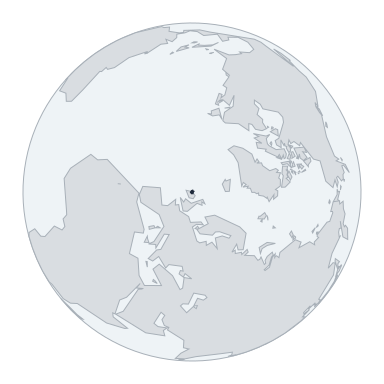 globe centered on Mayo, rotated 98°
{"feature_id": "IRL-714", "entity_name": "Mayo", "entity_type": "County", "adm_level": 1, "iso_a3": "IRL", "parent_name": "Ireland", "parent_adm1": "", "projection": "orthographic", "projection_center": [-9.466, 53.907], "detail": "fine", "context": "on_globe", "style": "filled", "palette": "slate", "viewbox_px": 384, "rotation_deg": 98, "n_neighbors": 0, "source": "natural_earth", "source_scale": "10m", "svg_char_len": 11194}
<svg xmlns="http://www.w3.org/2000/svg" viewBox="0 0 384 384"><g transform="rotate(98 192 192)"><circle cx="192" cy="192" r="169" fill="#eef3f6" stroke="#a8b0b8"/><path d="M53.0,288.1L49.6,282.9L42.0,269.8L32.4,245.1L33.1,242.6L31.8,237.2L36.1,237.1L36.2,226.6L35.1,222.5L33.1,222.6L30.4,206.9L31.1,196.7L32.0,151.6L34.1,144.6L37.2,139.1L53.5,108.9L39.0,131.1L42.3,123.1L47.9,113.2L48.5,114.0L57.2,102.7L62.3,94.9L75.2,83.7L90.1,79.0L86.2,82.6L90.2,81.3L95.4,76.9L97.7,74.4L118.6,66.5L136.6,55.9L139.0,51.2L141.1,53.6L143.3,44.1L150.9,38.9L144.3,45.7L145.2,47.3L151.4,44.0L153.7,44.9L158.0,44.0L160.2,45.5L156.1,49.8L157.5,50.9L161.8,48.6L166.7,48.9L160.1,52.1L168.0,53.0L162.7,61.0L143.4,69.5L142.5,76.3L127.9,91.5L131.2,91.8L127.8,98.1L130.3,100.9L126.9,103.3L131.9,103.5L134.5,100.8L137.6,100.1L139.4,101.6L135.3,104.8L133.8,104.5L133.5,106.2L130.8,107.2L133.1,107.5L128.0,111.3L135.6,109.9L133.6,114.8L129.5,116.8L126.7,113.5L110.2,111.1L105.2,112.6L100.9,117.7L99.8,133.4L95.6,136.6L92.3,143.0L96.0,142.5L100.0,137.3L106.2,138.3L110.3,132.1L113.4,131.8L118.9,127.0L121.5,131.1L121.1,137.8L116.7,142.1L116.4,145.3L123.4,144.2L117.9,155.4L119.0,168.6L117.1,171.4L108.5,170.9L101.4,163.2L90.3,163.8L101.0,167.0L96.3,174.3L97.0,177.1L99.2,179.0L102.4,177.7L101.5,181.1L90.6,178.9L91.2,175.8L94.7,176.4L91.3,173.0L83.9,172.1L82.1,176.1L72.8,171.4L71.4,174.4L68.6,175.2L71.5,170.7L66.2,178.8L55.0,176.3L47.5,190.0L51.1,174.5L50.0,168.3L48.1,162.2L46.7,164.3L46.0,154.3L42.1,150.7L35.9,157.5L32.4,167.9L33.7,177.9L36.3,176.7L38.5,182.7L32.2,188.8L35.4,202.2L32.4,209.0L32.6,216.4L35.4,221.2L37.8,229.0L41.2,228.6L45.9,232.6L44.4,239.1L48.3,236.8L50.0,243.4L60.4,255.3L59.2,255.9L67.7,273.1L79.6,286.1L82.3,292.7L80.6,294.3L85.3,298.3L85.4,300.1L106.3,314.5L118.9,323.9L119.7,329.1L111.7,330.6L110.2,337.2L97.3,331.2L97.9,332.3L97.5,332.1L87.3,324.6L77.8,316.5L68.8,307.7L60.6,298.2L53.0,288.1ZM44.9,193.5L48.7,212.2L44.4,205.7L45.6,206.0L45.1,200.3L43.4,191.9L40.2,186.6L44.9,193.5ZM51.6,192.5L50.7,189.8L51.8,191.9L51.6,192.5ZM98.4,73.2L95.2,76.8L89.8,80.6L92.2,77.4L98.4,73.2ZM109.2,66.9L108.3,68.6L103.9,69.4L105.7,68.1L109.2,66.9ZM140.1,47.8L137.1,49.8L139.3,47.6L140.1,47.8ZM158.2,43.6L158.4,42.8L160.5,42.7L158.2,43.6ZM117.1,125.1L117.9,126.0L116.5,126.4L117.1,125.1ZM118.6,122.2L116.3,122.0L116.7,120.6L118.1,120.7L118.6,122.2ZM165.8,45.0L169.3,45.3L165.1,45.7L165.8,45.0ZM121.4,122.8L117.7,118.2L118.4,115.8L124.5,114.4L121.4,122.8ZM170.8,45.9L179.2,46.7L180.2,44.8L182.0,50.8L174.3,47.9L169.0,48.7L171.5,47.2L170.8,45.9ZM134.6,99.4L131.9,102.3L132.6,98.6L134.6,99.4ZM134.3,97.2L132.0,87.4L136.9,84.1L136.7,88.0L141.8,82.9L145.3,86.0L143.3,89.6L139.4,91.0L143.7,91.2L134.3,97.2ZM181.7,54.0L183.1,55.0L180.8,54.8L181.7,54.0ZM138.9,99.6L138.0,97.8L142.2,94.8L144.8,97.8L142.6,97.8L138.9,99.6ZM141.4,80.0L144.9,78.5L148.8,80.6L150.7,80.3L145.8,85.8L141.4,80.0ZM142.5,99.2L146.0,99.5L145.6,102.3L140.1,101.1L142.5,99.2ZM142.2,92.8L144.3,91.5L144.0,93.2L142.2,92.8ZM146.2,112.8L145.0,110.5L147.0,108.7L146.2,112.8ZM147.3,99.4L147.4,98.4L148.1,97.5L150.3,98.3L147.3,99.4ZM148.9,87.0L149.7,88.3L151.1,84.9L154.0,86.5L150.2,89.9L153.1,89.1L154.0,89.6L149.9,91.9L148.9,87.0ZM154.5,96.4L150.7,101.6L152.4,106.1L150.6,107.8L148.1,100.3L154.5,96.4ZM152.1,93.5L153.2,95.7L150.4,96.6L148.0,95.7L152.1,93.5ZM157.4,86.4L153.8,83.0L154.8,82.4L157.4,86.4ZM155.6,97.5L156.4,96.2L156.0,97.7L155.6,97.5ZM157.4,89.5L156.1,88.4L157.2,87.7L157.4,89.5ZM159.4,94.7L158.2,96.4L156.5,95.8L159.4,94.7ZM158.9,92.2L160.8,91.5L156.6,94.6L158.1,91.8L158.9,92.2ZM158.7,89.1L158.9,88.3L159.1,89.7L158.7,89.1ZM166.5,96.2L161.6,100.1L157.9,98.8L163.2,95.1L166.5,96.2ZM319.7,81.4L327.9,91.6L329.3,93.6L330.6,95.6L335.7,103.4L336.0,103.7L343.0,116.2L348.9,129.3L346.9,125.6L349.8,133.5L347.9,130.0L345.0,129.7L348.2,141.3L354.5,165.2L358.2,175.7L359.1,185.3L353.2,180.6L347.9,173.2L347.4,178.8L340.0,179.4L332.0,197.1L329.3,196.1L328.1,200.8L322.6,204.0L318.0,201.8L315.4,205.9L327.3,211.4L330.0,207.0L330.1,197.8L333.1,201.1L338.2,198.9L337.9,218.2L323.6,250.5L319.7,243.5L295.8,231.7L295.1,228.2L294.9,227.9L294.4,227.4L294.8,233.7L289.8,230.6L305.3,242.1L309.0,248.6L323.4,251.3L322.7,253.7L326.6,252.7L335.9,236.9L336.5,239.7L333.6,258.4L318.4,290.0L319.0,296.9L315.5,304.7L302.9,317.7L300.9,320.9L293.9,326.6L291.4,328.6L290.8,329.1L280.4,336.0L269.5,342.2L258.1,347.5L258.8,347.1L254.8,347.8L250.3,342.6L256.8,335.6L256.5,331.4L244.9,323.6L247.7,315.4L243.9,313.1L236.6,315.9L232.0,312.9L227.4,313.8L196.4,320.5L185.4,315.6L168.8,297.4L173.3,289.9L171.5,280.5L200.5,244.4L209.5,245.4L235.7,234.2L239.5,234.5L239.6,243.4L261.7,245.4L265.1,236.3L282.0,232.8L291.2,226.1L288.9,209.2L273.8,219.9L268.0,214.4L277.6,199.6L290.3,190.3L288.5,187.9L277.8,187.9L278.0,180.2L273.8,187.5L277.5,188.7L274.9,193.4L271.4,192.6L271.6,189.8L267.0,191.4L267.1,204.8L270.9,207.5L260.5,216.0L265.8,221.3L264.0,226.1L254.3,218.9L253.2,214.9L237.3,208.7L237.6,213.6L252.5,220.0L249.0,220.6L249.5,227.8L246.4,222.8L230.0,215.0L218.9,221.4L209.3,241.2L201.8,243.8L193.3,241.5L192.2,223.9L209.1,220.0L208.9,214.2L201.5,207.1L207.2,206.7L206.3,203.4L212.3,201.6L216.8,191.9L222.3,189.3L220.4,178.9L222.9,176.3L223.4,183.1L226.6,186.7L239.8,180.4L241.3,177.3L238.9,171.1L242.9,170.4L238.9,165.3L244.6,159.1L234.3,162.5L231.3,155.9L232.6,148.9L229.8,147.4L227.5,159.1L228.3,163.2L231.9,165.7L232.3,178.2L228.6,181.8L221.1,171.5L215.0,175.7L211.8,166.3L219.9,139.9L225.3,132.7L242.0,133.3L242.9,138.3L237.4,140.5L246.0,144.1L243.6,141.1L246.9,140.6L244.8,134.6L247.0,134.0L241.2,129.4L243.7,128.0L247.4,131.0L246.4,121.4L250.5,117.3L249.2,115.5L246.7,114.6L253.7,110.3L252.4,109.1L249.6,110.1L245.3,108.5L240.4,104.1L243.1,102.8L245.2,104.2L253.7,105.5L259.0,109.7L259.6,108.7L255.7,104.8L245.3,103.3L241.6,101.0L246.4,101.0L244.4,100.8L243.4,99.3L244.9,96.8L239.6,96.5L224.9,83.0L226.4,77.0L232.3,78.3L224.9,68.5L227.2,63.2L224.6,64.0L219.4,60.3L218.6,61.9L217.0,62.0L203.1,54.1L201.9,51.5L193.0,49.7L191.7,50.2L192.1,51.9L182.0,50.8L180.2,44.8L183.3,44.0L180.1,41.1L187.6,39.7L192.3,37.4L202.3,37.9L205.2,36.3L203.6,35.4L206.2,32.9L217.3,31.2L215.4,36.3L200.2,41.1L207.0,39.3L207.6,41.0L211.3,41.2L215.9,40.0L215.1,39.1L233.3,44.8L248.5,46.5L242.4,42.5L242.4,40.3L254.4,40.3L280.6,51.6L280.9,50.0L283.5,51.0L288.9,54.8L285.3,53.3L287.3,55.7L284.5,54.5L292.0,60.5L288.2,59.0L295.9,64.7L297.2,64.2L292.0,59.2L300.3,65.2L299.9,62.9L304.1,65.8L318.6,80.1L319.7,81.4ZM194.0,263.6L194.1,266.7L194.0,263.6ZM306.4,187.6L312.3,180.5L305.2,174.7L306.9,171.6L303.8,170.9L304.6,174.4L296.5,171.7L297.5,165.7L294.5,162.5L292.4,164.7L291.9,176.2L303.5,180.0L304.0,185.5L306.4,187.6ZM60.8,255.6L61.9,258.3L60.1,256.4L60.8,255.6ZM42.6,207.4L44.0,210.3L44.3,212.8L43.0,211.0L42.6,207.4ZM56.7,229.7L58.8,233.1L56.1,230.7L56.7,229.7ZM49.6,214.9L55.0,227.2L49.9,223.1L46.7,215.5L49.5,219.1L49.6,214.9ZM48.6,195.2L49.2,197.4L48.3,198.2L48.6,195.2ZM52.4,194.1L52.0,193.5L52.2,191.7L52.4,194.1ZM96.9,174.4L97.8,174.7L99.6,177.1L97.7,177.0L96.9,174.4ZM113.8,182.1L112.0,187.5L112.0,183.5L109.0,184.2L105.3,177.0L116.0,172.4L111.8,175.7L113.8,182.1ZM103.3,166.5L104.4,171.4L102.7,166.3L103.3,166.5ZM195.2,188.3L198.5,189.9L198.1,194.1L191.1,198.1L191.6,192.1L195.2,188.3ZM203.3,191.2L197.8,180.3L201.9,177.6L200.5,180.9L203.8,180.2L202.5,185.4L211.8,193.9L212.0,198.2L199.0,202.9L203.1,198.8L199.6,197.4L203.3,191.2ZM176.4,159.9L174.1,155.8L186.1,155.1L186.9,159.0L180.0,163.1L174.9,160.9L176.4,159.9ZM132.9,121.6L131.2,120.6L132.4,119.7L134.7,119.7L132.9,121.6ZM145.4,111.9L141.4,125.0L139.3,124.5L139.4,133.2L133.9,135.3L134.0,129.6L129.9,137.9L127.7,133.6L125.6,139.4L126.3,126.4L124.2,123.0L128.7,125.9L133.8,124.0L135.4,122.1L138.3,114.6L136.4,106.8L141.1,103.9L145.0,104.0L146.2,105.4L142.7,106.8L146.8,107.7L142.7,110.8L145.4,111.9ZM187.8,110.2L183.2,110.5L190.8,114.3L186.7,116.8L187.8,117.1L186.1,120.6L186.0,125.4L183.7,126.0L184.7,127.6L183.6,130.1L184.1,132.6L180.2,134.7L180.5,138.0L178.4,137.1L180.1,142.3L177.1,139.4L175.4,142.5L179.2,143.6L156.5,150.4L149.4,155.9L145.0,162.2L140.4,156.9L141.6,147.8L146.1,138.0L153.7,133.7L150.2,132.2L152.8,129.8L154.4,131.9L153.5,127.2L156.1,125.8L160.1,118.0L157.1,112.3L158.5,109.5L160.9,111.0L160.6,107.1L166.1,108.1L167.3,106.2L173.8,105.4L177.9,109.7L178.9,107.2L183.9,106.7L187.8,110.2ZM168.4,96.1L174.2,100.4L174.8,104.0L163.1,103.9L161.3,105.5L153.8,105.9L153.1,100.8L155.3,101.1L157.3,100.2L156.7,102.2L158.6,100.0L161.7,100.4L164.1,98.9L165.3,100.7L168.4,96.1ZM241.9,230.1L244.4,229.5L248.1,227.6L248.4,232.3L241.9,230.1ZM230.6,225.0L232.7,223.7L234.9,229.1L232.2,229.9L230.6,225.0ZM231.9,218.6L232.6,223.2L230.7,221.2L231.9,218.6ZM225.1,181.7L227.0,180.0L228.0,181.3L227.8,183.9L225.1,181.7ZM209.3,123.0L206.6,122.3L206.7,121.2L202.3,117.1L205.0,115.1L208.7,116.7L209.3,123.0ZM287.4,213.7L285.9,218.5L284.0,218.1L284.9,216.5L287.4,213.7ZM267.1,226.7L272.6,225.8L267.1,228.0L267.1,226.7ZM211.4,120.0L209.3,118.6L212.0,118.5L211.4,120.0ZM206.7,113.4L209.5,112.8L204.8,114.4L206.7,113.4ZM315.8,306.9L316.6,306.0L323.1,297.0L329.4,288.7L333.1,282.2L333.1,284.1L325.5,295.5L315.8,306.9ZM358.5,175.9L359.8,178.2L360.0,182.1L358.5,175.9ZM333.0,98.8L332.6,98.3L329.7,94.1L333.0,98.8ZM231.3,102.3L234.4,110.0L238.3,114.7L243.4,115.7L237.6,117.8L231.5,110.6L231.3,102.3ZM225.4,85.4L221.1,84.9L222.0,83.2L223.1,83.0L225.4,85.4ZM223.5,86.5L219.9,89.6L216.8,88.1L220.2,85.9L223.5,86.5ZM215.9,104.5L216.6,106.9L214.4,106.8L215.9,104.5ZM278.6,47.1L277.4,46.7L274.0,44.6L275.8,45.5L278.6,47.1ZM261.7,38.3L272.7,43.9L281.3,49.1L280.1,48.2L284.8,50.9L284.9,51.4L276.6,46.5L270.6,43.0L266.8,41.4L260.6,38.6L257.4,38.0L253.8,36.7L254.8,36.2L261.7,38.3ZM256.3,38.0L248.6,37.0L243.4,34.1L244.0,33.7L249.7,35.3L252.1,36.7L256.3,38.0ZM245.2,36.0L247.4,37.4L240.7,40.7L238.0,40.8L240.4,36.3L242.6,37.5L245.2,37.3L245.2,36.0ZM184.2,54.1L183.2,54.9L182.9,53.8L184.2,54.1ZM216.7,63.0L214.4,63.0L214.1,61.6L216.7,63.0ZM208.0,62.3L209.9,64.0L206.7,62.8L208.0,62.3ZM214.4,67.7L210.1,64.9L215.8,66.8L214.4,67.7Z" fill="#d9dde1" stroke="#a8b0b8" stroke-width="1"/><path d="M191.6,192.9L191.4,192.9L191.2,192.8L191.2,192.6L191.2,192.4L191.3,192.4L191.5,192.4L191.8,192.3L191.7,192.3L191.8,192.2L191.7,192.0L191.3,192.1L191.2,192.1L191.2,191.9L191.3,191.8L191.4,192.0L191.4,191.9L191.3,191.7L191.2,191.6L191.3,191.6L191.3,191.4L191.3,191.5L191.2,191.5L191.1,191.4L191.1,191.2L190.9,191.3L191.0,191.3L190.9,191.4L191.0,191.4L190.9,191.5L190.9,191.4L190.9,191.2L191.0,191.1L190.9,191.1L191.0,190.9L191.3,190.9L191.2,191.0L191.3,191.1L191.3,190.9L191.4,191.0L191.5,191.0L191.5,190.9L191.4,190.9L191.5,190.9L191.4,190.8L191.5,190.7L191.6,190.8L191.9,190.8L192.0,190.8L192.3,190.8L192.4,191.0L192.5,191.0L192.4,191.1L192.5,191.2L192.6,191.3L192.6,191.2L192.6,191.3L192.8,191.3L192.9,191.5L193.0,191.7L193.0,191.8L193.3,191.7L193.5,191.7L193.5,191.8L193.4,191.8L193.4,192.0L193.3,192.3L193.3,192.5L193.2,192.6L193.0,192.8L192.9,192.8L192.8,193.0L192.7,193.0L192.8,193.0L192.7,193.1L192.6,193.3L192.4,193.3L192.4,193.2L192.2,193.1L191.9,193.0L191.9,192.9L191.6,192.9ZM191.1,191.9L191.2,192.0L191.0,191.9L190.9,191.8L190.7,191.8L190.7,191.7L190.8,191.7L191.0,191.7L191.2,191.8L191.1,191.9Z" fill="#64748b" stroke="#1e293b" stroke-width="1.5"/></g></svg>